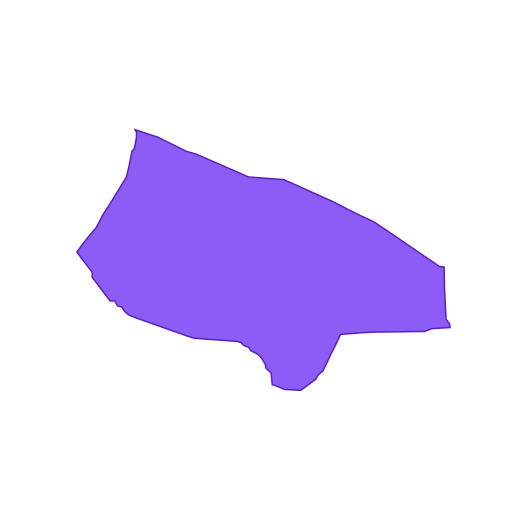 Talawdi, South Kordufan, Sudan, rotated 233°
{"feature_id": "16777658B54503315646042", "entity_name": "Talawdi", "entity_type": "district", "adm_level": 2, "iso_a3": "SDN", "parent_name": "Sudan", "parent_adm1": "South Kordufan", "projection": "robinson", "projection_center": [30.424, 10.544], "detail": "fine", "context": "isolated", "style": "filled", "palette": "violet", "viewbox_px": 512, "rotation_deg": 233, "n_neighbors": 0, "source": "geoboundaries", "source_scale": "gbopen_adm2", "svg_char_len": 1785}
<svg xmlns="http://www.w3.org/2000/svg" viewBox="0 0 512 512"><g transform="rotate(233 256 256)"><path d="M82.1,367.9L85.3,369.8L91.1,369.7L115.7,386.4L116.5,386.9L117.3,387.5L134.0,399.6L135.0,398.6L136.0,397.4L137.3,396.2L137.5,396.1L142.2,394.5L143.5,394.1L158.2,389.1L170.8,384.9L175.2,383.4L186.2,379.7L195.8,376.4L212.3,370.7L227.2,362.8L231.6,360.6L239.7,356.6L242.9,355.1L254.3,349.5L300.4,324.1L303.6,320.4L313.8,308.8L323.7,297.5L373.1,269.7L381.5,263.4L397.1,255.6L403.8,252.2L410.0,249.1L419.0,242.8L424.1,239.3L427.0,237.3L429.8,235.4L429.5,235.3L426.7,235.1L424.7,233.4L421.9,231.2L419.8,228.9L419.7,228.8L416.5,225.2L415.0,223.6L414.3,220.0L409.5,214.6L409.0,214.1L403.6,208.0L397.2,200.2L396.8,199.3L390.2,182.7L386.7,173.9L383.8,165.9L381.1,158.5L379.3,154.8L374.9,145.8L373.6,139.7L372.4,134.6L369.9,124.9L369.6,124.1L368.1,119.1L367.5,117.2L367.3,116.5L367.0,115.7L366.9,115.3L363.3,115.3L354.3,115.3L353.3,115.3L341.6,115.4L337.7,112.4L335.4,112.4L334.3,112.4L321.6,112.4L308.0,112.4L305.1,116.2L302.3,115.8L299.5,115.4L295.9,118.1L290.7,117.7L285.3,119.0L281.6,121.2L279.0,122.8L278.9,122.8L278.6,123.1L277.8,123.6L277.7,123.6L268.1,130.0L257.6,136.9L233.9,152.6L232.5,153.6L228.4,156.5L227.5,157.2L218.4,167.5L214.5,172.0L210.5,176.6L206.9,180.7L199.1,189.6L196.1,191.7L195.3,191.9L191.3,192.6L190.6,193.1L190.4,193.2L187.8,195.1L183.3,194.9L178.8,197.3L174.3,198.9L170.2,198.8L164.7,198.5L160.3,196.4L157.1,197.0L153.6,197.7L149.5,195.2L148.8,194.8L143.5,191.5L143.4,191.6L139.8,194.1L132.3,198.5L121.8,210.8L121.6,229.7L123.2,232.7L123.2,233.1L123.6,233.9L124.0,240.1L124.0,240.4L127.7,247.6L133.3,258.3L137.4,266.7L142.5,276.3L131.6,293.5L124.0,304.7L106.7,328.3L94.3,345.2L92.2,352.7L82.1,367.9Z" fill="#8b5cf6" stroke="#5b21b6" stroke-width="1.5"/></g></svg>